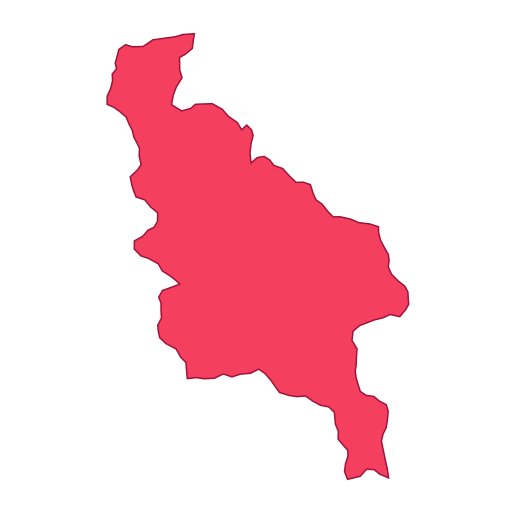 the district of Alto Jequitibá, Minas Gerais, Brazil, rotated 272°
{"feature_id": "56859067B47347238536955", "entity_name": "Alto Jequitibá", "entity_type": "district", "adm_level": 2, "iso_a3": "BRA", "parent_name": "Brazil", "parent_adm1": "Minas Gerais", "projection": "robinson", "projection_center": [-41.949, -20.439], "detail": "fine", "context": "isolated", "style": "filled", "palette": "rose", "viewbox_px": 512, "rotation_deg": 272, "n_neighbors": 0, "source": "geoboundaries", "source_scale": "gbopen_adm2", "svg_char_len": 2298}
<svg xmlns="http://www.w3.org/2000/svg" viewBox="0 0 512 512"><g transform="rotate(272 256 256)"><path d="M476.0,186.7L474.8,175.2L472.3,167.7L468.5,145.5L461.4,135.8L460.8,125.0L462.6,118.3L457.7,111.8L443.8,108.6L438.1,110.1L432.9,106.0L426.1,106.5L418.2,104.9L410.5,101.7L402.4,101.9L399.6,108.8L396.0,114.3L390.4,121.4L383.3,124.6L377.4,127.9L370.5,129.8L365.3,132.8L359.6,135.8L351.6,135.8L343.2,138.0L337.9,134.6L330.7,127.5L322.1,129.6L316.5,131.6L310.8,134.1L308.2,142.9L301.3,149.0L295.6,156.3L287.0,156.3L281.1,153.1L278.1,147.2L271.8,142.2L266.8,133.9L258.7,134.1L252.2,140.8L249.8,148.7L244.8,158.6L237.7,163.0L233.3,170.5L229.3,176.2L225.2,180.8L221.8,172.6L218.3,163.8L211.5,160.2L205.7,162.7L198.2,163.0L190.7,163.7L183.4,160.2L176.8,161.1L170.9,162.7L165.3,169.1L160.3,179.4L152.3,184.2L147.1,189.7L139.0,190.6L131.1,191.6L132.4,200.9L131.5,208.2L132.3,218.5L137.0,227.4L134.3,236.1L137.4,244.6L138.6,254.6L143.0,262.6L139.0,269.0L132.5,275.1L125.9,280.0L120.4,284.3L117.8,293.9L116.9,301.9L117.8,310.4L112.9,317.9L109.1,325.5L107.7,334.1L102.4,339.8L90.9,341.2L83.7,344.4L75.9,344.4L69.5,350.2L65.1,354.5L59.2,354.9L51.4,352.7L43.7,352.0L36.0,355.3L39.4,367.7L46.7,373.9L46.7,381.4L42.4,387.1L38.8,396.3L47.5,394.7L58.0,392.0L66.7,389.9L75.6,387.8L82.5,389.2L89.1,392.1L97.3,393.1L105.4,393.5L111.9,391.4L115.4,384.2L119.8,378.5L120.6,370.7L124.4,364.9L130.7,362.7L137.8,360.3L144.6,359.2L150.5,359.9L158.5,359.9L166.8,360.2L174.9,354.9L184.2,355.6L190.1,362.0L192.7,368.2L196.1,376.0L198.6,384.9L202.2,392.0L200.4,401.8L207.6,407.5L213.1,410.3L219.0,409.6L225.5,409.0L231.1,405.7L236.1,398.8L242.6,392.0L249.8,388.5L255.6,389.2L262.2,388.2L267.4,384.9L276.1,379.9L283.5,377.8L289.5,377.4L292.0,368.6L292.9,357.7L296.3,348.8L298.1,338.9L297.8,331.6L303.4,325.9L310.2,320.2L314.2,314.0L320.9,310.8L329.2,307.9L331.4,300.8L331.0,293.4L337.3,286.4L344.3,279.7L347.1,270.8L352.5,266.2L355.8,260.7L354.4,253.9L348.8,247.8L358.7,246.4L368.0,247.1L376.4,248.9L381.9,247.1L386.5,242.2L381.6,237.2L388.7,232.7L394.6,223.5L401.5,217.1L406.7,207.0L406.1,198.1L405.5,190.2L401.2,185.6L398.4,176.6L404.3,166.3L413.9,167.7L422.3,170.5L431.6,175.9L439.1,173.3L445.6,173.0L451.7,172.6L455.2,178.3L461.2,185.1L469.1,185.8L476.0,186.7Z" fill="#f43f5e" stroke="#9f1239" stroke-width="1.5"/></g></svg>